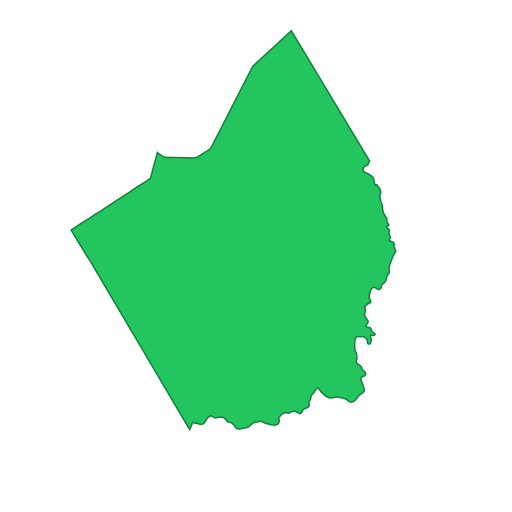 an SVG outline of Ohio, rotated 329°
{"feature_id": "USA-3550", "entity_name": "Ohio", "entity_type": "State", "adm_level": 1, "iso_a3": "USA", "parent_name": "United States of America", "parent_adm1": "", "projection": "mercator", "projection_center": [-82.407, 40.365], "detail": "fine", "context": "isolated", "style": "filled", "palette": "green", "viewbox_px": 512, "rotation_deg": 329, "n_neighbors": 0, "source": "natural_earth", "source_scale": "10m", "svg_char_len": 4686}
<svg xmlns="http://www.w3.org/2000/svg" viewBox="0 0 512 512"><g transform="rotate(329 256 256)"><path d="M224.8,116.5L225.3,118.1L227.1,122.1L229.0,124.7L234.8,128.3L242.9,133.4L253.3,140.0L256.3,141.0L271.0,140.7L272.8,140.3L282.6,134.2L292.3,128.2L302.1,122.1L311.8,116.0L321.6,109.9L331.3,103.9L341.1,97.8L350.9,91.7L359.6,89.9L368.4,88.1L377.1,86.3L385.9,84.5L394.6,82.7L402.3,81.1L402.3,90.7L402.3,100.3L402.3,109.9L402.3,119.5L402.3,129.1L402.3,138.6L402.3,148.1L402.3,157.7L402.3,167.2L402.3,176.7L402.3,186.2L402.3,195.6L402.3,205.1L402.3,214.5L402.3,223.9L402.3,233.3L401.2,233.6L398.2,235.8L397.1,235.1L395.3,235.2L393.6,235.8L392.4,236.7L391.7,238.5L392.2,240.1L394.4,243.1L395.9,246.1L396.5,247.7L396.8,249.0L396.4,251.0L395.0,254.5L394.9,256.6L395.1,256.6L395.5,256.7L396.0,256.9L396.3,257.2L396.4,257.6L396.3,258.6L396.3,259.0L396.7,261.0L396.8,262.2L396.5,262.8L395.9,265.5L395.5,266.1L393.7,267.6L393.0,268.3L391.6,271.8L391.0,273.8L390.5,277.0L389.9,278.6L388.4,281.7L387.7,283.9L387.4,285.6L387.5,289.3L387.3,291.3L386.8,292.5L386.1,293.6L385.6,295.1L385.7,295.7L386.0,296.4L386.1,297.3L385.6,298.1L384.8,298.2L383.9,297.7L383.1,297.6L382.8,299.0L383.0,299.9L383.4,300.9L383.7,301.9L383.5,302.6L382.2,304.2L381.8,305.0L381.4,306.0L381.1,306.9L380.9,308.7L380.5,309.6L379.0,310.5L378.4,311.3L378.8,312.3L379.9,313.6L380.6,314.6L380.9,315.8L380.5,317.5L379.4,318.4L379.1,318.7L379.0,319.1L379.1,320.1L379.1,320.5L378.3,323.0L378.2,323.9L373.5,326.6L365.9,332.6L363.7,335.0L362.2,338.0L361.1,339.3L358.4,340.3L357.2,341.3L355.3,343.5L354.2,344.2L352.9,344.7L351.4,345.2L350.0,345.3L348.6,345.9L346.2,348.1L344.6,348.3L343.3,347.3L342.4,345.7L341.7,344.2L341.1,343.5L338.2,343.4L337.1,344.0L332.0,348.9L331.4,350.5L331.0,353.9L330.2,355.0L329.6,354.5L329.2,354.4L328.8,354.5L328.3,355.0L327.8,354.3L326.3,354.9L324.6,355.0L323.3,355.4L322.2,358.3L318.9,362.2L318.4,363.6L318.3,364.6L318.5,367.9L318.4,369.9L317.8,370.7L314.4,372.1L314.0,372.1L314.0,372.4L314.3,373.6L314.6,374.1L315.0,374.7L315.5,375.2L316.0,375.4L316.8,376.1L317.0,377.6L316.6,380.8L317.1,382.2L317.7,383.6L317.7,384.6L316.4,385.0L315.7,384.7L314.5,383.4L313.6,383.1L312.9,383.5L312.5,384.6L312.0,386.7L311.2,387.9L309.8,389.3L308.4,390.1L307.1,389.4L306.6,388.5L306.7,388.1L307.1,387.6L307.3,386.4L307.5,386.2L307.8,386.0L308.1,385.8L308.3,385.3L308.2,384.7L308.0,384.2L307.8,383.8L307.5,382.4L306.9,381.0L305.9,379.9L303.8,379.0L302.8,378.1L301.5,377.2L299.9,377.2L297.7,378.8L295.4,381.9L293.5,385.2L292.4,387.9L291.9,391.5L291.6,392.3L290.7,393.8L289.9,395.9L288.6,396.8L287.5,397.8L287.3,399.8L287.8,401.4L288.4,402.5L288.9,404.0L289.2,406.2L288.7,407.4L288.6,408.3L289.2,409.8L289.5,410.9L289.7,412.1L289.6,413.0L288.6,414.4L287.1,414.7L283.8,414.2L282.8,415.0L282.1,416.9L280.6,424.6L280.1,426.1L279.1,427.6L277.9,428.1L272.8,428.5L267.1,430.6L264.1,430.9L261.6,429.8L261.6,429.7L260.9,428.7L259.8,425.9L259.1,424.6L254.2,419.6L251.6,418.0L248.4,416.9L245.5,415.2L243.5,411.9L241.8,406.1L241.6,404.4L241.6,402.7L241.4,401.4L240.6,400.8L238.8,401.1L234.7,403.2L233.0,403.5L231.6,403.9L230.5,405.0L229.6,406.2L228.6,407.1L226.8,407.8L226.2,408.2L225.9,408.9L225.1,410.7L224.6,411.6L223.4,412.4L222.0,412.4L218.8,411.9L217.2,412.0L216.2,412.6L215.4,413.3L212.9,413.9L212.4,413.7L211.6,412.7L210.0,410.0L209.5,409.4L208.6,408.8L206.7,407.9L205.7,407.7L203.3,407.7L202.7,407.4L201.6,406.3L200.3,405.4L198.9,404.8L197.4,404.7L192.6,406.2L191.8,406.8L191.5,408.4L190.6,409.9L189.4,410.9L188.1,411.3L185.1,410.7L182.4,408.8L177.8,404.1L176.8,402.7L175.9,401.2L174.8,399.9L171.9,399.1L169.2,397.8L167.6,397.5L161.5,398.7L160.0,398.5L152.4,395.7L150.9,394.5L150.3,393.0L150.2,390.9L150.0,389.1L149.5,387.6L148.9,386.1L148.2,385.3L147.2,384.5L146.4,383.5L146.1,382.3L146.0,380.7L145.5,379.1L144.8,377.6L143.8,376.5L140.9,375.0L139.3,374.4L137.9,374.1L137.2,373.4L136.5,371.8L135.5,370.2L134.0,369.4L131.1,369.9L125.3,372.6L122.4,372.4L118.9,368.8L117.9,368.2L117.5,367.9L116.7,366.6L116.1,366.3L115.2,366.5L114.6,367.0L113.5,368.2L109.7,370.6L109.8,363.5L109.8,356.3L109.9,349.2L109.9,342.0L110.0,334.8L110.1,327.7L110.1,320.5L110.2,313.3L110.2,306.1L110.3,298.9L110.3,291.7L110.4,284.5L110.5,277.2L110.5,270.0L110.6,262.7L110.6,255.5L110.7,248.2L110.8,240.9L110.8,233.7L110.9,226.4L110.9,219.1L111.0,211.8L111.0,204.4L111.1,197.1L111.2,189.8L111.2,182.4L111.3,175.1L111.0,168.3L111.0,161.1L110.9,153.0L110.9,145.7L110.9,138.5L115.6,138.3L122.1,138.0L127.9,137.9L133.5,137.8L139.3,137.5L145.1,137.5L150.5,137.2L156.2,137.0L162.0,136.7L167.8,136.5L173.2,136.4L179.1,136.1L184.3,135.8L190.2,135.5L196.0,135.5L205.6,135.0L216.0,124.9L224.8,116.5Z" fill="#22c55e" stroke="#15803d" stroke-width="1.5"/></g></svg>